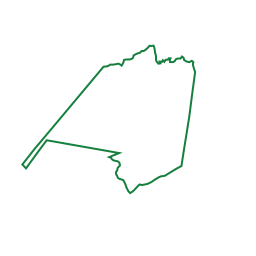 outline of Pio XII, Maranhão, Brazil, rotated 35°
{"feature_id": "56859067B76670913428567", "entity_name": "Pio XII", "entity_type": "district", "adm_level": 2, "iso_a3": "BRA", "parent_name": "Brazil", "parent_adm1": "Maranhão", "projection": "robinson", "projection_center": [-45.091, -3.872], "detail": "fine", "context": "isolated", "style": "outline", "palette": "green", "viewbox_px": 256, "rotation_deg": 35, "n_neighbors": 0, "source": "geoboundaries", "source_scale": "gbopen_adm2", "svg_char_len": 1493}
<svg xmlns="http://www.w3.org/2000/svg" viewBox="0 0 256 256"><g transform="rotate(35 128 128)"><path d="M150.8,43.5L149.3,42.5L147.2,40.9L144.8,38.9L143.7,36.6L141.7,36.4L140.6,38.8L138.1,39.9L134.9,40.1L133.3,38.6L131.2,38.5L131.2,40.9L128.7,42.8L127.8,44.1L127.9,46.5L127.1,48.2L124.6,49.9L123.3,48.5L122.9,46.6L121.5,47.4L121.4,49.2L119.8,50.5L119.8,53.0L117.7,52.5L117.9,54.3L115.8,55.5L117.4,56.5L116.0,57.9L113.9,57.3L112.5,56.7L111.2,55.3L110.1,53.6L108.8,52.2L106.8,50.6L105.1,48.7L103.4,47.0L101.7,45.9L100.3,47.3L98.5,48.3L98.1,51.5L97.4,54.3L96.7,55.9L95.0,57.2L94.6,59.6L92.9,61.6L91.0,65.1L91.8,67.6L91.4,69.3L90.0,70.9L88.5,72.0L87.0,73.1L85.7,74.4L86.7,77.2L87.0,80.5L85.2,80.5L83.3,80.7L81.6,82.6L79.7,84.4L78.4,85.4L77.1,86.2L76.4,88.2L75.1,89.9L73.9,90.8L72.8,91.9L64.0,193.2L63.5,198.3L62.4,218.5L66.0,219.2L67.6,219.6L68.0,198.3L68.4,184.7L101.0,169.5L135.1,153.6L129.3,162.6L131.4,162.1L132.9,162.8L134.6,162.9L136.5,162.1L138.7,161.2L140.8,161.3L142.9,163.3L142.7,165.0L142.4,166.6L143.4,168.7L143.5,171.1L144.9,172.8L146.5,173.4L148.2,174.6L150.2,174.6L151.5,174.1L154.0,173.4L156.9,174.9L158.7,176.0L160.7,177.5L164.6,179.6L167.1,180.1L168.1,177.6L168.6,175.8L168.9,173.6L169.3,171.1L169.5,169.2L170.0,167.5L171.9,166.9L174.2,164.6L175.9,162.8L177.0,160.9L178.2,158.8L179.4,155.4L181.4,150.9L182.7,148.7L184.0,147.5L185.6,146.0L187.8,140.9L191.0,133.6L193.6,128.5L188.4,118.0L171.8,83.8L161.3,63.8L150.8,43.5Z" fill="none" stroke="#15803d" stroke-width="2"/></g></svg>